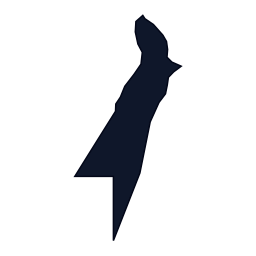 outline of Buikwe
{"feature_id": "UGA-5597", "entity_name": "Buikwe", "entity_type": "District", "adm_level": 1, "iso_a3": "UGA", "parent_name": "Uganda", "parent_adm1": "", "projection": "equal_earth", "projection_center": [33.033, 0.062], "detail": "fine", "context": "isolated", "style": "filled", "palette": "ink", "viewbox_px": 256, "rotation_deg": 0, "n_neighbors": 0, "source": "natural_earth", "source_scale": "10m", "svg_char_len": 481}
<svg xmlns="http://www.w3.org/2000/svg" viewBox="0 0 256 256"><path d="M142.8,15.4L144.9,18.7L153.4,24.5L162.9,35.2L166.5,41.5L167.6,49.5L167.0,57.2L171.9,62.1L181.2,66.2L173.6,71.9L168.4,77.3L167.3,84.9L165.5,93.8L159.0,102.4L150.2,121.9L139.9,173.0L113.4,240.6L113.4,176.4L74.8,176.4L101.6,133.5L115.5,111.3L115.8,104.0L120.4,97.1L124.8,86.3L134.1,74.2L141.0,64.1L142.3,52.3L137.9,44.0L135.3,31.9L135.9,21.5L142.8,15.4Z" fill="#0f172a" stroke="#020617" stroke-width="1.5"/></svg>